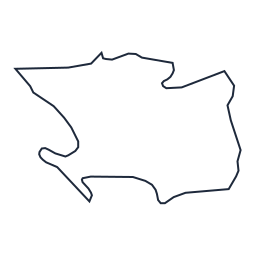 outline of Laško
{"feature_id": "SVN-960", "entity_name": "Laško", "entity_type": "Municipality", "adm_level": 1, "iso_a3": "SVN", "parent_name": "Slovenia", "parent_adm1": "", "projection": "equal_earth", "projection_center": [15.244, 46.129], "detail": "fine", "context": "isolated", "style": "outline", "palette": "slate", "viewbox_px": 256, "rotation_deg": 0, "n_neighbors": 0, "source": "natural_earth", "source_scale": "10m", "svg_char_len": 899}
<svg xmlns="http://www.w3.org/2000/svg" viewBox="0 0 256 256"><path d="M230.8,120.3L240.6,150.1L237.5,161.3L238.5,170.7L236.1,176.4L228.7,189.1L185.5,192.8L173.7,197.1L164.9,203.2L160.7,203.2L158.1,200.0L156.9,193.8L155.6,189.8L152.0,184.8L145.4,180.9L132.9,177.0L90.7,176.6L82.7,178.2L81.9,179.6L82.6,182.2L88.5,188.6L91.0,192.7L91.9,195.3L89.4,201.4L57.2,167.1L46.1,162.3L42.8,159.7L40.5,157.3L39.2,154.3L39.5,152.0L41.8,148.5L45.2,148.1L48.7,149.7L55.3,153.4L65.4,156.5L68.3,155.3L75.3,151.0L78.2,147.2L78.2,141.4L71.3,127.5L64.1,117.7L53.7,106.2L33.3,92.5L30.2,86.2L15.4,68.8L68.2,67.6L91.1,63.6L101.5,52.8L103.1,58.3L105.9,59.0L112.1,59.6L128.4,53.6L135.8,54.0L141.9,57.6L172.6,62.9L173.9,70.1L172.6,73.4L170.4,76.9L167.3,79.4L163.8,81.1L162.0,83.2L163.1,86.1L166.3,88.2L181.7,87.4L224.4,71.1L234.1,85.7L232.7,96.2L227.5,105.3L230.8,120.3Z" fill="none" stroke="#1e293b" stroke-width="2"/></svg>